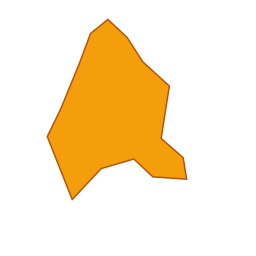 the border of Fgura, rotated 296°
{"feature_id": "MLT-5959", "entity_name": "Fgura", "entity_type": "state/province", "adm_level": 1, "iso_a3": "MLT", "parent_name": "Malta", "parent_adm1": "", "projection": "albers", "projection_center": [14.52, 35.867], "detail": "fine", "context": "isolated", "style": "filled", "palette": "amber", "viewbox_px": 256, "rotation_deg": 296, "n_neighbors": 0, "source": "natural_earth", "source_scale": "10m", "svg_char_len": 365}
<svg xmlns="http://www.w3.org/2000/svg" viewBox="0 0 256 256"><g transform="rotate(296 128 128)"><path d="M183.8,146.8L153.4,156.1L133.1,162.4L125.5,190.6L107.7,203.1L95.0,171.8L102.7,146.8L79.8,121.7L39.3,109.2L84.9,59.2L115.3,59.2L163.5,56.1L196.4,52.9L216.7,62.3L209.1,87.3L193.9,112.4L183.8,146.8Z" fill="#f59e0b" stroke="#b45309" stroke-width="1.5"/></g></svg>